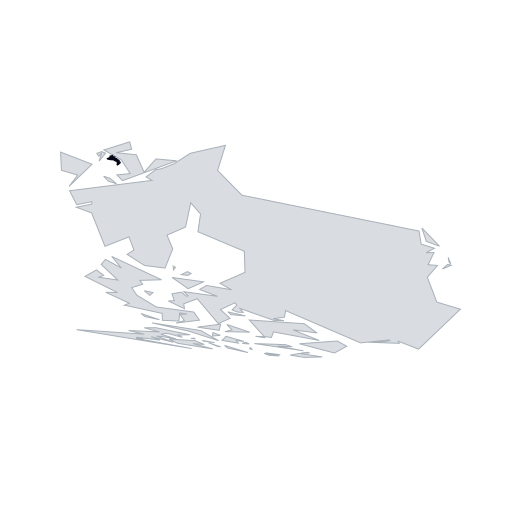 location of Prince Edward Island within Canada, rotated 190°
{"feature_id": "CAN-687", "entity_name": "Prince Edward Island", "entity_type": "Province", "adm_level": 1, "iso_a3": "CAN", "parent_name": "Canada", "parent_adm1": "", "projection": "equal_earth", "projection_center": [-63.312, 46.509], "detail": "fine", "context": "in_parent", "style": "filled", "palette": "ink", "viewbox_px": 512, "rotation_deg": 190, "n_neighbors": 0, "source": "natural_earth", "source_scale": "10m", "svg_char_len": 6640}
<svg xmlns="http://www.w3.org/2000/svg" viewBox="0 0 512 512"><g transform="rotate(190 256 256)"><path d="M83.6,264.8L69.9,242.0L45.5,239.1L79.7,192.5L101.1,196.8L99.7,194.9L130.1,190.6L114.0,194.2L109.5,196.1L110.2,196.5L138.0,188.6L217.4,207.4L217.3,200.7L228.4,197.2L217.2,197.2L227.3,195.7L262.8,201.6L258.8,198.2L264.3,197.6L270.2,198.7L266.4,204.3L268.5,206.3L281.7,197.1L270.7,190.1L281.4,182.9L306.4,203.7L318.9,196.4L317.3,191.7L334.5,196.5L328.6,197.8L332.2,204.2L323.0,207.5L318.6,204.6L317.3,204.4L316.0,205.0L320.8,208.3L286.9,209.6L305.7,213.2L299.6,218.4L274.2,218.5L286.7,222.9L264.0,238.0L268.3,258.6L317.4,269.8L317.9,287.7L329.5,297.1L330.4,272.3L347.3,261.1L339.2,248.5L343.5,228.3L364.1,227.3L383.2,235.2L377.3,240.7L384.4,252.8L406.4,239.3L425.4,269.9L441.4,272.8L426.7,278.6L427.1,281.0L441.5,275.4L450.9,287.9L371.6,312.4L378.0,314.8L369.8,323.6L364.7,325.3L353.0,332.4L338.6,345.7L305.3,359.7L308.7,333.6L280.4,313.4L99.8,308.9L95.4,296.4L81.6,294.6L89.1,288.7L81.3,290.4L85.0,277.3L75.6,278.2L83.6,264.8ZM313.9,186.8L321.3,186.7L320.6,178.6L337.0,176.4L338.4,183.2L377.1,184.7L372.6,187.5L397.6,194.2L386.1,196.0L420.9,206.2L410.7,214.6L402.7,210.5L407.0,207.8L387.9,208.3L407.0,220.8L403.7,226.5L386.5,220.8L398.0,230.5L344.9,216.2L366.2,211.8L362.7,208.5L372.9,203.3L366.5,196.7L345.3,188.5L307.5,190.0L300.5,183.0L323.1,176.1L315.3,179.9L320.8,185.4L313.9,186.8ZM303.3,153.7L420.0,152.3L352.4,159.6L368.5,160.5L337.7,164.5L353.6,165.9L342.0,168.0L307.2,167.0L318.8,164.8L314.5,163.1L328.1,164.3L331.7,164.1L336.1,162.5L320.1,160.4L333.9,160.4L340.0,159.9L322.3,156.7L345.3,158.3L335.9,156.5L359.8,155.3L352.7,155.1L360.0,154.1L303.3,153.7ZM179.1,183.8L225.6,184.3L226.7,178.4L234.0,178.2L251.5,191.8L196.7,197.7L182.5,190.8L206.7,189.7L179.1,183.8ZM391.5,334.9L380.7,319.1L371.4,334.2L350.7,336.0L400.5,307.0L407.1,311.7L394.2,315.3L405.5,327.5L424.3,334.0L400.2,346.5L397.0,339.5L411.7,333.5L391.5,334.9ZM161.9,174.1L198.0,177.1L161.2,186.4L151.0,182.9L161.9,174.1ZM282.5,157.0L317.9,156.4L327.3,159.1L301.5,162.0L291.5,159.9L303.0,158.8L282.5,157.0ZM278.2,166.1L308.8,170.3L346.8,172.1L297.5,173.0L278.2,166.1ZM192.8,170.9L242.4,169.5L211.6,173.8L204.6,172.9L219.2,171.0L192.8,170.9ZM452.2,292.1L445.7,304.7L462.5,306.6L466.5,324.4L433.4,317.9L452.2,292.1ZM248.9,179.9L273.5,176.1L266.9,179.1L272.8,183.5L248.9,179.9ZM303.2,221.4L317.2,212.0L334.9,220.3L303.2,221.4ZM279.4,176.4L301.3,175.8L279.0,182.7L279.4,176.4ZM205.1,164.3L196.3,167.6L173.3,168.1L191.0,164.5L205.1,164.3ZM274.7,167.0L271.6,171.7L253.0,169.8L260.7,169.2L258.3,167.1L274.7,167.0ZM247.1,159.5L268.3,160.5L271.4,162.5L247.1,159.5ZM77.0,297.5L90.8,300.0L97.5,312.4L77.0,297.5ZM340.0,176.5L354.9,177.1L359.2,179.4L340.0,176.5ZM255.9,195.2L270.4,193.9L274.1,196.1L255.9,195.2ZM285.0,169.7L285.1,173.1L277.3,171.7L285.0,169.7ZM278.7,160.4L287.5,162.3L274.9,160.4L278.7,160.4ZM353.7,198.8L360.0,202.4L351.1,202.1L353.7,198.8ZM219.0,162.5L229.7,162.3L214.9,163.0L219.0,162.5ZM242.5,176.8L235.5,177.8L232.7,177.1L242.5,176.8ZM427.0,322.2L425.8,330.8L428.1,327.0L430.6,329.4L426.2,332.0L422.0,331.1L427.0,322.2ZM225.8,160.5L231.2,161.5L215.7,161.6L225.8,160.5ZM419.9,308.1L413.4,307.2L405.9,302.9L414.4,304.1L419.9,308.1ZM326.2,224.7L320.8,228.7L316.9,227.5L319.8,225.0L326.2,224.7ZM62.2,280.8L70.2,275.5L65.8,281.0L62.2,280.8ZM281.7,163.5L292.5,163.1L294.2,163.5L281.7,163.5ZM254.4,167.5L251.2,169.3L247.4,168.2L254.4,167.5ZM406.2,324.4L410.1,325.3L418.9,326.2L414.7,329.3L406.2,324.4ZM334.8,228.0L335.9,231.7L333.3,230.8L334.8,228.0ZM194.8,168.2L188.4,170.1L186.3,169.8L194.8,168.2ZM305.8,163.6L302.3,164.4L301.8,163.8L305.8,163.6ZM246.1,163.5L245.8,164.9L243.2,163.3L246.1,163.5ZM62.7,281.8L64.8,283.5L66.5,288.1L62.7,281.8Z" fill="#d9dde1" stroke="#a8b0b8" stroke-width="1"/><path d="M419.0,325.9L419.1,326.0L418.8,326.3L418.1,326.7L417.9,326.7L417.7,326.7L417.5,326.8L417.4,326.7L417.2,326.6L417.2,326.9L417.2,327.0L416.9,327.0L417.1,327.2L416.9,327.3L416.5,327.2L416.4,327.2L416.6,327.3L416.8,327.4L416.8,327.6L416.7,327.6L416.3,327.6L416.1,327.5L415.9,327.5L416.1,327.6L416.3,327.7L416.4,327.9L416.2,327.8L416.0,327.7L415.8,327.7L415.9,327.8L416.0,327.8L415.9,327.8L416.1,327.9L416.2,328.0L416.4,328.3L416.5,328.3L416.5,328.2L416.4,328.1L416.5,328.2L416.6,328.4L416.6,328.6L416.4,328.7L416.2,328.7L416.1,328.8L416.3,329.0L416.5,328.9L416.4,329.2L416.1,329.3L415.4,329.4L415.2,329.3L415.0,329.5L415.0,329.4L414.9,329.4L414.6,329.3L414.3,329.1L414.2,328.9L414.1,328.7L414.3,328.8L414.2,328.6L413.7,328.7L413.8,328.6L414.0,328.5L414.1,328.4L414.3,328.2L414.2,328.0L413.9,328.1L414.1,327.9L413.8,327.7L413.7,327.8L413.8,327.8L413.7,327.9L413.4,327.8L413.1,327.7L413.3,327.4L413.5,327.3L413.5,327.2L413.8,327.0L413.9,326.9L413.6,327.0L413.3,327.2L413.2,327.2L413.0,327.4L413.0,327.5L412.9,327.5L412.8,327.3L412.6,327.2L412.8,327.5L412.6,327.6L412.4,327.7L412.2,327.7L412.2,327.8L412.5,327.8L412.8,327.6L412.9,327.8L412.7,327.9L412.6,328.0L412.4,328.1L412.2,328.1L411.9,328.0L411.7,327.9L411.4,327.8L411.2,327.7L410.9,327.7L410.7,327.6L410.3,327.6L410.1,327.4L409.9,327.2L409.5,326.9L409.4,326.8L409.4,326.7L409.5,326.8L409.4,326.5L409.7,326.7L409.9,326.7L409.6,326.5L409.7,326.4L409.8,326.4L409.6,326.4L409.2,326.4L408.9,326.3L408.7,326.2L408.6,326.3L408.4,326.4L407.9,326.3L407.7,326.3L407.6,326.2L407.8,325.9L407.7,325.6L407.8,325.4L408.0,325.3L408.0,325.2L407.9,325.2L408.0,325.2L407.9,325.0L407.9,324.9L408.0,324.8L408.0,324.7L407.7,325.0L407.5,324.9L407.4,324.9L407.2,324.8L407.1,324.7L406.6,324.7L406.4,324.8L406.2,324.7L406.1,324.4L406.2,324.1L406.4,323.9L406.6,323.7L406.8,323.6L406.9,323.4L407.0,323.3L407.0,323.2L407.1,322.9L407.5,322.5L408.1,322.1L408.4,321.8L408.5,321.9L408.5,322.0L408.4,322.2L408.4,322.4L408.4,322.7L408.5,322.9L408.5,323.0L408.2,323.3L408.2,323.5L407.9,323.5L407.9,323.8L408.0,323.9L408.1,324.0L408.3,324.0L408.4,323.9L408.5,324.0L408.6,324.3L408.8,324.4L408.9,324.6L409.0,324.6L409.0,324.8L408.9,324.9L408.9,325.0L409.0,325.0L409.1,324.9L409.2,325.0L409.0,325.5L408.9,325.6L408.7,325.7L408.7,325.8L408.8,325.7L409.1,325.6L409.3,325.5L409.3,325.8L409.2,325.8L409.3,325.9L409.4,326.0L409.8,326.1L410.0,326.0L409.9,325.8L409.8,325.7L409.9,325.3L410.1,325.2L410.3,325.2L410.8,325.4L410.9,325.5L411.0,325.5L411.3,325.9L411.4,325.7L411.2,325.6L411.4,325.6L411.6,325.6L411.8,325.6L412.0,325.8L412.1,326.0L412.3,326.2L412.4,326.3L412.5,326.3L412.5,326.2L413.3,326.2L413.9,326.2L414.5,326.1L414.6,326.3L414.7,326.2L414.9,326.0L415.9,326.2L415.4,326.0L415.4,325.9L415.8,325.9L416.0,325.9L416.3,325.8L417.1,325.8L417.6,325.9L418.0,325.8L418.5,325.8L419.0,325.9Z" fill="#0f172a" stroke="#020617" stroke-width="1.5"/></g></svg>